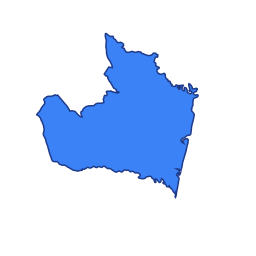 outline of Maganja Da Costa, Zambezia, Mozambique, rotated 315°
{"feature_id": "85939544B26352047498043", "entity_name": "Maganja Da Costa", "entity_type": "district", "adm_level": 2, "iso_a3": "MOZ", "parent_name": "Mozambique", "parent_adm1": "Zambezia", "projection": "natural_earth1", "projection_center": [37.468, -17.344], "detail": "fine", "context": "isolated", "style": "filled", "palette": "blue", "viewbox_px": 256, "rotation_deg": 315, "n_neighbors": 0, "source": "geoboundaries", "source_scale": "gbopen_adm2", "svg_char_len": 5879}
<svg xmlns="http://www.w3.org/2000/svg" viewBox="0 0 256 256"><g transform="rotate(315 128 128)"><path d="M200.7,154.2L200.4,153.3L198.8,152.3L198.7,151.9L198.5,150.2L198.9,149.3L199.8,149.3L202.2,150.5L203.3,149.8L204.4,149.7L204.7,149.3L204.6,148.7L204.0,147.9L202.6,147.2L201.3,146.1L201.4,145.5L202.2,144.6L202.8,142.2L202.8,141.0L202.6,140.2L202.5,139.8L202.1,139.8L201.5,140.4L200.6,141.6L198.9,144.8L197.8,144.6L197.5,144.8L197.4,145.4L198.4,146.1L198.5,146.5L198.6,147.4L198.3,147.8L197.5,148.1L196.3,147.9L195.2,145.3L195.2,144.5L196.7,142.9L197.3,141.3L197.3,140.3L196.6,139.4L196.0,139.4L195.6,139.8L194.8,141.3L194.3,141.6L193.6,141.0L193.4,139.6L193.9,138.6L195.0,137.5L195.9,137.2L197.2,137.2L197.3,136.8L196.3,135.8L195.2,135.1L193.8,136.5L191.9,137.1L191.6,136.9L191.5,136.2L191.7,135.6L192.8,136.0L193.5,135.8L194.1,135.3L194.3,134.5L194.2,133.9L193.6,133.6L192.6,134.7L191.8,134.6L191.7,134.5L191.8,133.9L193.0,133.4L193.0,132.8L192.6,131.7L192.1,131.5L191.0,132.0L190.0,131.4L189.2,129.9L188.7,129.5L188.8,128.9L189.9,128.4L189.9,127.9L189.4,127.2L189.4,126.7L189.6,126.3L190.0,126.2L190.0,125.7L190.5,125.3L190.5,124.9L190.5,124.2L189.5,123.5L189.6,123.1L189.9,122.9L189.9,122.2L190.4,121.8L190.3,121.3L190.0,120.6L189.9,119.7L190.8,118.2L191.1,117.4L191.4,117.3L191.7,116.7L192.2,116.6L192.3,115.2L192.2,114.9L189.5,113.6L188.8,112.6L188.4,111.5L187.9,110.9L188.2,110.1L188.4,108.6L189.4,107.6L190.1,107.1L191.9,107.8L192.8,107.4L192.8,107.0L192.1,105.1L191.9,104.6L191.6,104.4L191.5,104.1L191.7,103.7L193.3,102.0L193.5,101.1L193.1,100.3L193.4,99.6L195.6,98.1L197.3,97.5L198.2,97.8L199.0,98.7L199.4,98.7L199.7,98.0L200.6,97.7L200.8,97.5L200.2,95.8L200.4,94.7L199.3,93.4L198.8,93.1L196.4,93.1L195.5,92.8L195.1,92.3L193.6,91.3L191.9,88.1L191.6,87.1L191.5,86.4L190.9,85.8L190.5,85.1L190.8,84.1L190.6,83.3L190.3,82.6L189.7,82.2L189.4,81.3L186.9,79.9L186.0,78.6L185.1,76.7L182.6,75.4L181.8,74.8L180.5,73.3L180.5,72.4L180.8,71.6L180.7,70.5L181.4,69.7L181.5,69.3L181.5,68.6L180.7,67.6L180.6,66.8L181.0,66.4L182.3,66.8L183.5,66.4L184.0,65.6L184.1,64.4L183.5,62.3L181.3,60.6L181.1,60.2L181.1,59.5L181.6,56.6L181.2,55.1L181.2,54.5L182.2,52.9L182.2,52.6L181.4,51.6L180.3,51.0L180.1,50.6L179.6,47.7L179.5,45.9L179.0,45.4L178.4,45.5L176.4,47.6L174.8,50.5L172.5,52.6L171.4,53.4L169.2,55.6L168.2,57.3L166.2,59.4L164.8,61.3L163.4,63.9L162.9,65.7L162.7,67.4L161.2,71.8L160.5,73.1L159.6,74.2L157.5,71.3L149.3,73.1L149.2,75.7L149.9,76.6L150.0,77.2L148.7,78.9L148.5,80.2L147.9,81.8L147.8,83.5L146.1,89.7L146.5,90.7L146.7,92.0L146.6,92.7L146.1,93.5L146.0,94.2L146.8,96.3L146.1,96.2L145.3,95.8L144.1,93.7L143.3,92.8L143.1,92.0L142.5,91.3L142.2,90.0L141.9,89.5L140.8,88.9L140.0,87.8L138.9,87.0L138.6,87.0L138.1,87.3L137.3,89.3L136.3,89.9L135.7,90.0L135.0,88.8L134.7,88.5L134.2,88.5L133.5,88.7L132.4,89.6L131.2,90.0L130.7,90.4L129.5,92.4L129.0,92.8L127.9,92.4L126.7,91.7L124.7,89.6L123.7,88.8L122.3,88.2L119.5,88.0L115.9,84.6L113.5,83.2L110.4,82.8L109.3,83.0L108.1,83.6L106.1,83.4L105.5,83.9L104.6,85.0L103.9,86.4L103.5,87.7L102.4,86.6L102.1,84.9L102.0,83.3L102.3,79.1L101.4,77.3L99.8,75.5L98.8,74.8L99.3,73.9L100.3,69.7L101.5,55.0L100.2,54.1L99.8,52.9L98.0,52.3L96.0,51.2L93.9,49.0L93.0,48.8L92.5,48.3L91.4,48.5L90.5,48.1L89.2,48.1L88.7,48.2L87.0,51.4L86.4,51.9L81.7,52.4L77.7,53.6L74.9,53.8L74.0,53.7L72.8,54.2L73.4,56.5L73.1,59.1L72.0,61.3L71.7,62.7L70.0,66.5L67.6,69.8L66.1,70.9L64.5,71.8L63.7,72.5L63.2,73.3L61.8,77.6L60.1,80.2L58.2,84.3L54.7,90.3L52.6,94.9L51.8,96.1L51.4,97.6L51.3,98.2L51.9,99.4L52.9,100.6L54.1,101.7L54.3,102.9L53.9,104.8L54.0,105.4L54.6,106.4L55.2,108.0L56.4,108.7L57.6,111.4L57.7,113.1L58.3,114.4L58.6,116.3L59.1,117.4L59.2,118.6L59.7,119.1L60.1,120.2L60.9,121.0L61.9,122.9L64.8,124.6L65.6,125.4L66.0,125.3L66.3,124.7L66.6,124.6L67.0,125.0L67.7,126.1L68.1,126.4L71.6,127.2L72.0,127.7L72.2,128.4L72.7,129.3L73.3,129.8L74.4,130.3L76.5,130.7L76.8,131.2L77.5,133.5L78.0,133.9L79.6,134.3L80.1,134.6L81.7,137.4L83.3,137.6L84.1,138.1L84.5,139.3L84.6,140.7L84.9,142.1L85.1,142.5L85.8,142.9L86.9,144.8L87.6,148.9L88.1,150.4L88.9,151.2L90.4,151.6L91.4,152.1L92.1,154.1L92.6,154.8L93.3,155.0L95.3,154.9L95.9,155.2L96.8,156.7L97.9,157.5L98.5,158.1L98.7,160.6L99.0,160.9L100.8,161.9L101.3,164.8L103.3,166.8L103.7,168.1L103.6,169.8L103.2,170.2L102.9,170.3L100.5,170.2L100.3,170.9L100.6,171.7L102.4,174.2L103.5,175.1L104.3,175.5L106.6,175.7L108.7,177.1L109.8,178.0L110.0,179.0L109.5,180.5L110.0,182.6L108.7,184.9L108.6,185.4L108.7,185.7L109.0,186.0L109.6,186.0L110.9,183.7L111.4,183.6L111.9,184.3L112.0,184.7L111.6,188.1L111.7,188.8L112.3,189.1L113.3,189.1L115.2,187.8L116.0,187.6L116.2,189.1L115.5,190.8L115.8,191.7L115.7,192.1L115.3,192.5L115.0,192.4L114.1,191.5L113.8,191.8L113.9,192.8L114.6,193.8L114.8,194.5L114.0,196.8L114.8,198.2L115.4,198.4L116.2,197.9L116.4,198.3L115.9,199.0L115.6,199.7L115.6,201.0L115.9,202.2L115.0,205.3L114.9,207.6L115.0,207.8L115.8,207.6L116.7,206.9L117.0,206.8L116.8,207.5L116.0,208.1L114.8,208.5L112.7,209.9L112.6,210.6L114.4,209.7L117.1,207.6L120.8,205.2L128.4,199.8L129.1,198.5L129.0,196.2L129.4,195.3L129.9,195.1L130.5,195.0L132.6,195.4L133.4,195.1L133.6,194.7L134.0,194.2L134.1,193.3L133.4,191.3L134.3,192.1L134.6,192.6L134.9,193.7L134.9,195.5L135.0,195.7L139.3,193.2L142.1,191.1L153.0,185.2L157.3,182.3L159.3,181.3L162.1,179.1L162.3,178.2L162.2,177.3L161.8,176.8L159.5,176.0L158.6,175.5L157.7,175.7L157.2,176.1L156.6,178.1L156.1,176.1L156.4,174.6L156.8,174.2L158.2,173.7L159.5,173.8L160.7,174.7L164.5,175.1L166.6,176.6L167.4,176.8L167.9,176.7L169.1,175.9L174.5,171.6L179.6,168.6L184.1,165.6L184.5,165.0L184.8,164.3L185.1,161.3L185.4,160.6L186.0,160.0L186.1,159.5L186.7,159.6L187.9,158.6L190.0,157.8L192.3,155.5L194.8,153.7L196.1,153.7L197.9,154.7L198.7,155.0L200.3,154.9L200.7,154.2ZM133.0,196.4L130.8,196.5L130.5,196.9L130.9,197.5L131.5,197.7L133.5,196.8L133.0,196.4Z" fill="#3b82f6" stroke="#1e3a8a" stroke-width="1.5"/></g></svg>